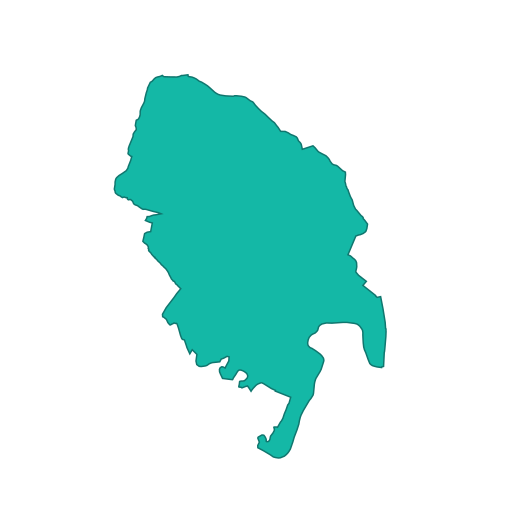 outline of Chetani, Mures, Romania, rotated 343°
{"feature_id": "2599482B57558176240382", "entity_name": "Chetani", "entity_type": "district", "adm_level": 2, "iso_a3": "ROU", "parent_name": "Romania", "parent_adm1": "Mures", "projection": "albers", "projection_center": [23.998, 46.485], "detail": "fine", "context": "isolated", "style": "filled", "palette": "teal", "viewbox_px": 512, "rotation_deg": 343, "n_neighbors": 0, "source": "geoboundaries", "source_scale": "gbopen_adm2", "svg_char_len": 6090}
<svg xmlns="http://www.w3.org/2000/svg" viewBox="0 0 512 512"><g transform="rotate(343 256 256)"><path d="M299.2,340.3L303.7,340.6L309.0,342.4L319.7,344.9L323.6,346.1L330.4,349.2L332.4,350.4L333.7,351.8L334.8,353.6L336.0,357.3L336.1,358.4L335.8,360.6L335.1,362.7L334.0,367.0L333.1,370.7L332.4,374.5L332.3,377.3L332.7,380.6L333.0,387.9L333.4,392.1L334.0,393.3L335.2,394.8L336.9,396.0L339.4,397.5L343.5,399.4L343.8,398.8L345.7,398.9L350.5,385.6L350.8,385.3L351.9,382.8L356.6,371.1L358.3,366.2L358.4,365.6L359.0,363.7L358.7,363.1L358.8,362.9L360.1,357.3L360.5,354.5L362.0,343.6L363.3,331.3L359.8,331.0L358.7,329.4L358.9,328.9L358.8,328.7L349.6,315.4L354.1,312.5L348.4,304.4L346.9,300.8L347.0,299.7L348.3,297.6L349.2,295.8L350.2,291.9L350.1,290.5L349.9,289.3L349.0,287.6L347.9,286.1L347.0,284.5L346.3,283.5L344.3,281.7L357.3,266.1L360.4,265.9L361.8,266.1L365.0,265.8L367.4,265.0L368.3,264.5L370.0,262.2L372.0,258.1L370.4,253.6L369.5,251.7L369.5,251.2L369.7,250.5L369.2,249.3L368.3,248.1L365.6,241.6L364.9,240.4L364.3,236.9L364.2,235.7L364.4,230.6L363.8,227.7L363.6,226.4L363.3,221.4L363.3,219.5L363.0,219.0L362.7,217.6L362.8,216.3L362.5,215.5L362.8,212.8L362.8,210.7L365.4,204.4L366.0,201.9L363.7,199.7L360.4,194.1L359.4,192.9L357.0,191.5L356.3,190.8L355.7,190.1L354.6,187.1L354.3,185.1L353.5,183.0L352.2,180.6L349.4,177.9L346.6,175.1L345.9,174.1L344.1,169.7L342.7,167.3L331.5,167.5L331.9,162.8L331.8,161.6L331.3,160.2L330.7,159.2L330.2,158.0L330.1,156.3L329.9,155.1L329.3,153.8L326.9,151.6L324.7,149.9L323.0,147.8L320.3,145.4L316.0,144.0L314.7,139.4L313.8,137.3L312.6,133.9L310.9,131.6L307.8,126.2L306.2,123.2L303.4,119.2L301.5,115.8L299.4,111.5L298.5,108.9L297.9,107.6L295.9,105.9L293.9,103.1L292.8,101.6L291.8,100.7L288.8,99.0L284.3,97.1L282.5,96.5L281.3,96.6L280.7,96.5L273.8,94.0L268.8,91.6L267.0,90.3L265.5,88.7L264.3,87.2L261.0,81.6L259.4,79.1L257.4,76.7L254.8,73.8L252.9,72.3L250.6,69.2L248.9,67.6L247.1,66.2L244.8,65.1L243.8,64.5L243.7,64.2L243.9,62.8L239.0,62.0L237.5,61.6L235.3,61.9L232.7,61.7L226.4,59.7L220.6,57.7L220.0,57.2L219.2,55.9L216.8,56.2L214.0,56.0L212.3,56.1L210.7,56.7L207.8,58.5L205.7,59.0L201.4,63.7L201.0,64.6L200.7,65.2L198.7,68.0L195.8,72.9L194.7,75.4L193.4,77.0L189.7,80.7L188.2,82.7L187.6,83.7L186.5,87.1L185.1,89.2L183.7,90.5L183.0,90.9L181.3,91.1L181.1,91.3L179.4,94.6L178.7,96.1L178.9,97.8L178.7,99.2L178.5,99.9L178.4,100.2L176.2,101.7L174.2,103.5L173.4,105.6L173.1,106.1L167.1,113.4L165.6,115.5L165.1,116.6L164.9,118.1L163.6,120.5L163.6,121.0L163.7,121.3L165.4,123.9L166.3,124.5L164.1,128.0L160.1,133.0L159.1,134.6L157.7,135.8L156.6,136.6L155.6,136.9L152.2,138.0L148.5,139.0L145.7,140.3L144.8,141.0L144.2,141.7L142.9,144.0L142.1,146.5L140.2,150.3L140.0,151.2L140.2,152.5L140.0,154.1L140.1,154.7L140.6,155.6L142.0,157.6L143.8,159.0L144.3,159.9L145.4,161.1L146.6,161.0L147.3,161.1L148.1,161.8L148.9,162.3L149.3,162.3L149.9,162.6L149.7,163.6L150.0,164.5L150.5,165.0L151.9,165.1L152.7,165.4L153.0,166.1L153.9,167.3L154.1,168.1L154.2,169.6L154.4,170.4L154.8,171.1L155.6,171.9L157.4,173.2L158.6,174.9L160.6,177.4L161.6,178.3L163.7,178.9L164.7,179.4L170.5,183.2L175.3,186.0L177.6,187.9L172.0,187.3L170.1,186.9L168.0,186.9L165.8,187.1L163.4,186.5L162.5,188.0L160.6,189.7L164.1,192.6L166.5,194.1L162.4,201.9L158.9,201.4L156.1,202.0L155.9,202.2L154.6,204.6L152.1,208.9L153.3,211.2L154.1,211.9L154.4,212.6L155.2,213.5L155.3,214.4L155.7,215.3L155.7,215.9L155.1,217.3L155.5,218.1L155.0,218.9L155.0,219.8L156.4,222.5L156.8,224.0L158.0,226.6L158.4,227.4L158.8,227.4L159.0,227.6L159.1,228.0L158.8,228.4L160.1,230.4L160.5,231.7L162.4,234.9L162.9,236.5L164.2,238.5L164.5,239.3L166.0,241.8L166.8,244.1L167.4,246.4L167.6,248.8L168.3,252.2L168.3,253.0L169.2,254.8L169.5,255.8L170.2,256.1L170.8,257.3L171.0,259.1L172.0,260.4L172.7,262.0L174.5,265.3L169.3,268.7L165.5,271.7L155.1,279.1L149.5,284.4L149.0,286.8L150.0,287.7L151.6,290.1L151.9,291.1L152.2,293.6L152.6,294.9L153.6,296.8L154.2,296.9L155.7,296.5L156.5,296.5L158.0,296.1L158.3,296.2L159.1,296.9L160.1,297.1L160.5,297.4L160.7,298.8L160.8,302.6L160.6,309.9L160.8,312.9L161.0,313.7L161.5,314.4L163.0,315.3L163.2,321.2L163.2,323.5L164.1,330.2L167.6,327.0L170.7,332.8L167.9,338.9L167.6,342.5L169.4,344.9L171.3,345.7L175.3,346.3L176.9,346.3L178.0,346.0L179.4,345.5L181.3,345.2L183.1,345.2L190.4,346.6L192.6,344.4L195.1,344.3L199.0,343.5L200.8,344.6L199.3,348.4L195.3,352.4L193.7,354.1L192.5,352.8L191.0,351.9L189.2,352.3L187.9,353.7L187.3,356.1L187.5,358.6L188.2,363.3L197.3,367.4L197.6,367.3L198.6,366.1L202.1,363.3L203.8,361.7L205.4,360.5L206.2,360.2L207.3,360.3L208.4,360.8L210.2,362.2L211.2,363.3L212.8,365.6L213.1,368.0L212.7,369.0L212.0,370.0L210.0,371.2L208.4,371.9L206.7,371.7L205.8,371.4L204.0,371.1L203.6,371.3L202.5,373.8L201.4,375.7L201.3,376.1L201.5,376.4L203.2,377.1L203.6,377.4L204.0,378.0L208.2,377.7L209.9,377.8L210.8,380.6L211.7,383.9L212.5,383.2L214.6,381.7L218.1,379.7L219.7,379.1L221.0,378.9L223.8,378.7L224.8,379.2L226.3,380.7L232.0,387.3L235.3,390.2L234.9,390.8L247.9,401.2L244.5,406.5L242.8,407.7L239.9,411.7L236.9,415.3L234.3,419.0L232.2,421.1L230.8,422.0L226.5,426.1L225.9,425.6L223.3,424.8L222.9,425.3L223.0,426.7L222.5,428.2L220.5,430.2L217.4,432.4L217.0,432.9L215.8,435.2L215.1,436.1L214.3,436.7L213.3,437.0L212.0,436.7L211.6,436.2L212.1,434.4L212.1,433.3L211.7,431.2L211.1,429.7L210.0,429.1L209.3,428.9L205.7,429.7L204.9,430.0L204.5,430.8L204.7,433.8L204.8,435.0L202.3,437.7L201.7,439.9L206.4,444.6L211.5,450.2L213.8,453.2L215.7,454.4L218.4,455.7L220.3,456.1L224.6,455.7L226.4,455.0L228.5,453.9L230.3,452.6L232.4,450.7L236.9,444.5L239.5,440.5L244.4,434.2L247.8,429.3L249.3,426.3L251.3,423.0L252.6,421.3L256.2,417.5L263.0,411.3L264.9,409.6L266.8,408.4L269.9,405.7L270.9,404.0L274.4,395.5L275.4,393.6L276.8,391.5L277.5,390.6L283.5,385.2L285.2,383.4L289.7,376.9L290.3,375.9L290.6,374.4L290.6,373.3L289.7,370.5L288.7,368.6L285.3,364.0L282.5,360.7L280.9,359.4L280.1,357.9L279.7,356.8L279.7,355.5L280.1,353.9L281.4,351.4L283.1,349.3L284.7,348.3L285.8,347.7L287.2,347.3L290.1,346.9L292.1,345.9L293.4,344.9L295.1,342.1L296.7,341.0L299.2,340.3Z" fill="#14b8a6" stroke="#0f766e" stroke-width="1.5"/></g></svg>